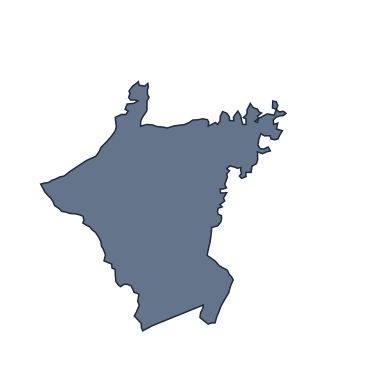 Vitorino, Paraná, Brazil, rotated 56°
{"feature_id": "56859067B75981807507480", "entity_name": "Vitorino", "entity_type": "district", "adm_level": 2, "iso_a3": "BRA", "parent_name": "Brazil", "parent_adm1": "Paraná", "projection": "equal_earth", "projection_center": [-52.818, -26.255], "detail": "fine", "context": "isolated", "style": "filled", "palette": "slate", "viewbox_px": 384, "rotation_deg": 56, "n_neighbors": 0, "source": "geoboundaries", "source_scale": "gbopen_adm2", "svg_char_len": 3011}
<svg xmlns="http://www.w3.org/2000/svg" viewBox="0 0 384 384"><g transform="rotate(56 192 192)"><path d="M176.1,71.2L174.4,75.0L170.7,75.9L172.4,78.4L174.3,80.7L169.3,86.0L168.2,95.9L165.7,95.2L165.4,90.2L162.7,91.8L160.1,91.3L156.1,94.2L151.2,94.2L154.8,100.5L158.2,103.0L159.0,107.8L161.6,106.4L166.2,109.4L164.6,112.0L161.0,111.1L156.1,109.1L150.6,108.7L152.1,113.3L153.5,116.1L156.3,117.5L153.7,120.9L150.4,119.0L146.3,119.1L142.4,121.6L144.9,126.1L148.8,129.1L150.3,132.9L147.4,133.7L147.0,138.3L146.4,141.6L143.9,139.3L140.8,138.7L137.4,142.0L135.2,147.2L132.8,151.0L132.8,155.9L131.8,160.8L130.3,163.7L127.3,169.6L125.0,177.0L122.4,179.3L118.1,184.5L114.1,187.5L110.7,191.8L108.6,197.9L104.6,194.9L102.6,191.8L99.4,184.0L94.8,180.7L91.3,178.3L89.4,174.6L86.5,174.4L82.5,172.0L80.7,169.6L77.3,167.9L77.8,172.0L73.9,176.1L70.6,174.8L71.1,182.1L73.1,187.8L75.7,188.3L78.1,191.6L81.2,191.6L83.9,187.8L86.1,186.0L86.1,190.4L82.8,196.6L86.1,201.3L89.2,199.6L90.8,203.5L88.3,207.0L87.2,213.9L91.1,216.0L95.4,218.1L98.5,221.6L100.7,227.7L102.4,233.7L104.2,242.7L106.4,245.9L108.6,251.8L106.9,261.5L106.7,281.8L107.3,289.0L105.7,292.7L104.8,298.6L103.9,301.8L103.9,305.6L102.0,309.6L100.8,313.0L109.4,313.9L113.5,313.5L118.6,312.5L122.5,312.6L126.4,313.5L129.4,312.3L132.4,311.2L135.1,310.9L137.6,308.3L141.6,305.1L144.7,301.1L148.1,297.9L151.2,295.9L155.0,297.4L156.7,299.8L160.6,298.0L163.9,296.2L167.6,295.9L171.5,294.6L177.0,294.6L182.2,295.3L186.2,297.3L189.8,297.5L195.7,298.9L199.9,303.5L206.8,298.9L210.4,300.9L213.2,299.0L218.6,302.4L223.9,305.2L227.6,305.1L230.5,304.2L230.6,299.8L232.4,297.2L235.7,295.0L240.2,295.5L242.9,296.2L244.9,294.4L247.2,293.2L252.2,298.1L256.5,299.1L260.4,305.1L262.5,309.2L272.4,307.6L276.3,309.8L279.5,310.5L280.7,299.3L292.0,245.8L294.3,247.9L296.9,252.4L300.5,255.6L304.0,254.6L310.6,252.4L311.4,249.2L313.4,246.1L309.0,240.9L306.3,236.7L302.6,231.5L299.5,225.3L297.9,221.9L296.0,217.8L293.9,215.5L291.3,212.4L288.0,207.0L284.4,206.6L281.1,207.3L276.9,206.4L274.3,207.5L271.6,209.1L268.2,210.7L262.5,211.3L253.1,214.9L250.2,212.2L243.2,204.6L235.4,197.8L232.4,195.6L234.4,189.6L233.0,185.0L230.9,182.6L228.1,180.8L224.8,182.8L222.4,181.7L220.1,179.5L221.2,175.3L218.1,176.1L217.7,169.9L214.7,169.4L212.0,163.7L208.9,168.9L205.4,167.0L207.0,164.5L207.8,161.1L204.1,160.7L199.5,154.4L196.5,153.0L195.4,149.0L192.1,150.2L191.5,146.1L195.0,142.9L197.7,141.1L199.1,137.8L201.6,139.8L204.3,140.5L205.3,143.8L208.4,143.3L209.5,138.6L205.8,136.4L208.8,132.0L204.2,127.9L204.5,122.8L202.1,119.6L197.9,116.9L195.2,115.3L199.6,112.3L200.4,107.7L201.8,104.1L197.3,103.7L196.5,108.6L194.1,111.3L189.9,111.1L185.7,107.1L182.2,102.3L186.0,100.5L189.0,95.8L192.2,96.8L195.1,94.0L196.0,90.9L193.9,87.6L191.8,82.8L186.9,86.7L182.8,82.4L181.7,86.6L177.7,84.3L177.1,80.5L177.9,77.0L179.7,73.6L179.4,70.1L176.1,71.2ZM168.2,95.9L171.0,98.7L168.6,100.4L168.2,95.9ZM170.7,75.9L168.2,72.5L164.3,71.7L161.7,74.1L167.3,78.3L170.7,75.9Z" fill="#64748b" stroke="#1e293b" stroke-width="1.5"/></g></svg>